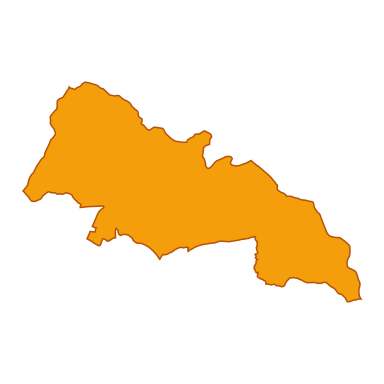 outline of Copsa Mica, Sibiu, Romania
{"feature_id": "2599482B61193190522325", "entity_name": "Copsa Mica", "entity_type": "district", "adm_level": 2, "iso_a3": "ROU", "parent_name": "Romania", "parent_adm1": "Sibiu", "projection": "albers", "projection_center": [24.264, 46.118], "detail": "fine", "context": "isolated", "style": "filled", "palette": "amber", "viewbox_px": 384, "rotation_deg": 0, "n_neighbors": 0, "source": "geoboundaries", "source_scale": "gbopen_adm2", "svg_char_len": 5947}
<svg xmlns="http://www.w3.org/2000/svg" viewBox="0 0 384 384"><path d="M361.0,299.0L360.6,298.6L359.6,296.5L359.2,295.3L359.1,294.7L358.8,290.8L359.1,288.4L359.8,286.2L360.0,283.1L358.5,279.8L356.3,272.7L355.8,271.9L355.2,271.2L352.7,269.7L348.2,267.7L347.8,267.2L347.2,265.2L347.0,264.1L347.1,261.7L347.9,258.9L348.4,257.8L349.2,256.8L349.9,253.7L350.0,252.3L349.9,248.8L349.8,246.8L349.5,245.7L347.9,243.9L344.5,241.0L340.0,237.7L334.2,237.3L329.8,236.1L327.4,233.7L326.8,232.5L321.8,219.9L320.0,214.8L319.3,213.7L317.6,212.3L314.3,207.5L313.7,204.1L313.2,202.6L312.8,202.1L311.9,201.6L309.3,201.3L306.3,200.3L301.1,199.8L297.5,198.2L296.1,198.1L290.3,196.2L286.8,196.4L286.0,195.1L283.8,193.3L281.9,192.7L280.5,192.0L277.7,190.0L277.5,189.7L277.1,188.2L277.5,185.5L277.0,184.7L276.4,184.5L275.1,182.3L273.6,180.7L271.5,178.0L269.1,175.5L258.1,166.1L256.9,165.4L256.8,165.6L255.5,164.2L252.4,161.9L251.2,160.5L246.8,162.7L246.0,163.3L243.4,164.0L239.6,165.5L236.6,165.9L234.9,165.8L232.3,165.2L231.6,164.8L230.6,163.4L230.4,162.6L230.5,162.1L231.7,160.1L232.2,158.7L232.1,158.2L230.8,156.8L229.4,156.4L226.2,156.5L222.3,158.5L216.9,160.7L215.9,161.4L214.6,162.7L211.3,166.8L209.7,167.9L208.8,168.3L208.1,168.4L207.0,167.9L205.7,166.4L205.6,163.9L205.3,162.7L204.7,160.7L204.6,159.8L204.2,158.7L202.7,157.0L202.6,156.7L202.7,154.6L203.5,150.0L203.4,147.7L204.5,147.0L205.7,145.7L209.5,144.4L209.8,140.5L210.0,139.1L211.6,137.1L211.3,135.3L210.4,134.0L205.4,131.2L203.8,130.9L203.3,131.2L202.6,132.0L199.6,133.7L197.0,134.2L195.3,134.1L194.5,135.0L193.7,136.4L193.3,136.8L190.3,138.1L187.7,139.9L187.4,140.3L186.9,141.7L186.6,142.3L181.3,142.2L178.4,141.6L176.3,141.4L174.9,141.0L171.4,138.8L166.5,134.3L165.4,132.7L163.2,128.9L162.6,128.4L156.5,127.4L153.8,127.2L151.7,128.9L150.4,129.6L148.9,130.1L148.0,129.9L147.3,129.4L143.3,124.9L142.0,124.3L141.3,123.8L141.2,123.1L142.0,121.6L142.0,119.1L141.6,118.6L139.5,117.3L138.8,116.6L138.4,115.6L138.1,112.7L137.7,111.4L134.0,108.3L131.8,106.2L130.6,104.1L129.5,102.7L126.9,100.9L125.0,100.2L122.2,98.5L119.6,96.1L118.3,95.4L114.6,95.9L110.6,95.2L109.8,94.9L108.5,93.9L103.4,88.9L102.5,88.6L101.1,88.4L100.5,88.0L98.4,86.4L97.9,85.8L95.4,84.7L92.2,83.9L90.4,83.2L85.5,82.2L84.9,82.3L82.2,83.9L80.7,85.8L79.7,86.6L76.7,87.8L75.3,89.0L74.4,89.5L72.8,88.6L70.4,88.2L69.1,86.9L68.2,89.7L66.9,90.9L66.4,91.7L66.3,92.3L65.0,94.0L63.2,97.1L61.8,97.9L60.1,98.5L57.9,100.0L57.5,100.6L57.3,101.3L57.1,103.5L57.2,106.2L57.0,107.9L56.7,108.9L56.4,109.4L54.8,110.9L50.9,115.6L50.5,116.2L50.3,116.9L50.2,118.3L50.6,119.5L50.6,120.9L50.4,121.1L50.4,123.7L51.9,126.3L53.7,128.5L54.3,129.8L55.1,131.6L55.4,133.7L55.3,134.5L52.8,137.9L50.7,140.0L49.1,144.3L45.5,151.6L44.9,153.4L44.6,155.2L43.8,157.3L42.2,158.3L40.8,160.0L36.6,166.4L33.7,172.3L31.9,174.2L29.8,177.6L28.7,180.3L28.2,182.4L28.1,183.7L27.8,184.6L27.0,186.0L23.0,191.1L23.9,191.7L26.2,194.6L28.0,196.4L30.8,200.4L31.4,200.9L32.4,201.3L33.8,201.4L35.4,201.3L40.5,199.1L42.0,197.5L42.1,196.9L42.4,196.3L46.0,193.2L48.4,191.7L51.0,192.6L53.1,193.0L55.0,192.7L55.4,192.9L56.8,194.0L57.5,194.2L59.4,193.7L60.0,194.1L61.1,194.0L62.4,194.3L63.9,193.6L64.8,193.5L65.9,192.7L69.9,193.8L71.4,194.7L72.2,195.3L72.5,196.6L75.4,200.1L76.7,201.1L78.2,202.9L80.6,204.1L80.9,204.7L80.8,205.2L80.4,205.9L80.2,206.7L80.2,207.5L87.8,206.7L103.3,206.0L103.9,207.3L103.6,207.8L103.1,208.0L100.4,210.1L99.1,211.6L98.0,213.2L93.0,225.1L92.8,225.2L92.3,226.5L96.0,227.9L95.8,228.0L95.5,229.5L95.3,231.9L94.9,232.0L90.1,231.4L89.3,233.6L87.0,238.8L92.6,241.9L92.5,242.1L92.9,242.4L96.6,244.7L98.5,245.6L99.6,245.8L100.4,244.9L101.2,243.3L101.5,241.7L102.6,239.5L102.7,238.7L102.9,238.6L104.3,238.9L105.3,239.5L107.4,241.4L109.2,240.2L109.5,240.7L112.9,238.3L114.2,237.9L115.5,237.9L115.4,233.6L115.3,231.8L115.5,229.9L115.7,228.8L116.0,228.5L116.2,229.0L117.0,229.3L117.3,229.6L118.1,230.9L118.1,232.4L119.1,234.4L120.0,235.2L120.5,235.5L121.0,235.4L121.5,234.8L123.7,234.4L126.2,234.5L128.6,235.3L130.8,237.1L131.4,237.4L132.5,238.6L132.5,239.2L133.1,240.2L134.9,242.0L137.1,243.2L140.8,243.3L142.3,243.7L143.1,244.2L145.5,245.1L147.1,246.2L148.8,247.1L152.1,249.9L155.8,253.8L157.8,256.4L159.2,258.7L159.8,259.3L161.6,256.1L162.6,254.6L162.9,254.5L164.8,254.9L165.6,254.7L166.4,254.3L167.3,254.2L170.4,252.5L171.9,252.1L172.5,251.4L173.8,250.7L174.8,249.8L179.2,247.6L181.5,247.4L183.0,247.8L184.8,247.6L185.8,247.1L186.6,247.1L187.7,247.7L188.2,247.6L188.3,248.2L187.8,249.2L187.9,250.7L188.2,251.4L190.6,249.5L193.0,248.5L194.7,247.1L196.2,246.8L197.6,246.0L203.1,244.5L211.7,243.1L214.7,242.9L220.2,241.1L229.1,241.7L239.3,240.0L241.9,239.3L244.3,239.1L248.5,238.4L249.6,238.1L251.1,237.3L253.1,237.1L253.9,236.6L254.6,236.5L255.1,236.6L255.4,237.2L255.0,238.4L255.2,239.2L255.6,239.9L256.3,240.7L256.6,241.4L257.5,241.9L257.4,242.5L257.0,243.2L257.3,244.1L257.0,245.1L257.3,246.2L256.4,247.3L256.3,247.8L257.0,250.8L257.9,252.9L257.7,253.2L255.6,254.0L255.0,254.5L255.1,254.8L256.4,256.1L255.3,257.9L257.6,259.3L256.2,260.5L256.0,263.3L255.6,264.5L254.6,265.4L254.3,266.5L254.5,266.9L254.0,268.4L254.1,268.6L254.8,269.3L255.2,270.8L256.3,272.8L256.7,272.9L257.7,272.2L258.0,272.4L257.8,272.9L258.0,274.0L257.3,276.0L257.5,276.9L260.4,278.8L262.4,279.4L263.1,279.8L264.0,280.6L265.3,281.0L265.6,281.3L266.0,282.4L265.8,283.9L266.5,283.9L267.1,284.2L268.3,284.1L271.2,284.9L273.6,284.3L274.8,284.4L276.5,285.8L278.1,285.6L281.9,286.8L284.2,286.0L284.6,285.2L285.1,284.2L286.0,282.2L287.8,280.0L288.7,279.3L289.7,277.8L291.5,277.9L293.4,277.6L297.9,278.4L299.2,279.3L302.0,280.2L303.8,281.5L305.5,282.0L306.8,282.7L314.8,282.5L317.1,283.2L320.7,283.4L321.4,283.3L323.2,282.4L325.2,282.4L325.9,282.5L327.1,283.2L329.8,285.8L331.4,286.9L332.9,287.6L335.1,289.2L337.9,293.0L339.7,294.2L341.4,294.3L342.3,295.1L345.0,297.6L345.6,298.6L346.5,300.8L347.5,301.8L348.9,301.8L353.6,300.2L355.1,300.1L358.3,299.1L361.0,299.0Z" fill="#f59e0b" stroke="#b45309" stroke-width="1.5"/></svg>